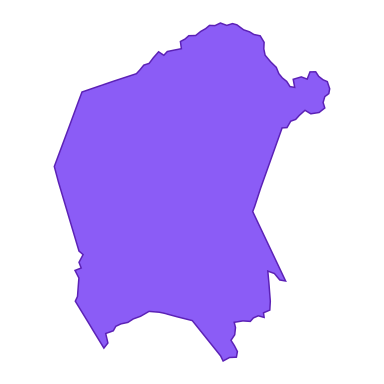 Aliança, Pernambuco, Brazil (orthographic projection)
{"feature_id": "56859067B36820916945585", "entity_name": "Aliança", "entity_type": "district", "adm_level": 2, "iso_a3": "BRA", "parent_name": "Brazil", "parent_adm1": "Pernambuco", "projection": "orthographic", "projection_center": [-35.173, -7.607], "detail": "fine", "context": "isolated", "style": "filled", "palette": "violet", "viewbox_px": 384, "rotation_deg": 0, "n_neighbors": 0, "source": "geoboundaries", "source_scale": "gbopen_adm2", "svg_char_len": 1446}
<svg xmlns="http://www.w3.org/2000/svg" viewBox="0 0 384 384"><path d="M236.9,24.8L232.5,23.6L226.8,25.4L220.4,23.0L215.0,25.6L209.5,25.4L205.7,28.6L200.6,31.5L195.7,35.5L188.8,35.7L185.1,39.0L180.4,41.5L181.4,48.7L174.7,50.0L167.3,51.5L163.8,55.3L158.6,51.8L153.4,57.7L149.1,63.4L143.8,65.1L139.9,69.9L136.4,73.7L113.5,81.2L82.0,92.0L78.0,102.7L68.9,127.4L54.3,166.5L58.5,182.2L79.0,251.1L83.1,254.6L79.0,262.3L81.2,268.0L75.0,270.4L78.9,278.0L78.2,287.0L77.5,296.5L75.3,301.2L89.8,324.9L92.9,330.1L103.9,348.1L107.9,343.0L105.7,333.5L113.3,330.8L115.8,326.3L120.9,323.9L127.9,322.4L133.3,318.9L140.5,316.3L149.0,311.4L159.1,312.2L163.6,313.1L177.2,316.8L192.3,320.6L220.6,355.9L223.1,361.0L229.5,357.5L236.4,357.2L237.4,351.5L234.4,345.7L231.0,340.3L234.7,334.8L235.5,327.6L234.2,322.3L242.9,320.9L250.3,321.4L253.4,317.9L258.3,315.8L264.1,317.4L263.5,312.8L269.8,310.1L270.3,301.2L268.9,283.0L267.8,271.1L274.4,273.5L279.8,280.0L285.6,281.0L252.7,211.6L254.7,206.3L260.7,187.9L282.1,127.9L287.0,127.6L290.7,121.2L295.7,119.4L299.3,115.4L305.0,110.3L310.8,113.8L319.1,112.5L324.8,108.0L323.1,102.5L324.8,96.6L328.8,93.6L329.7,88.8L327.3,81.6L323.1,79.8L318.7,76.4L315.7,71.8L310.0,71.9L307.2,79.1L301.3,76.9L293.2,79.3L294.7,87.4L290.0,86.6L286.7,81.4L282.3,77.9L278.8,73.6L276.3,67.4L270.7,61.9L265.1,55.2L263.8,48.9L264.1,42.3L260.2,35.8L253.9,34.5L249.5,31.8L243.6,29.8L236.9,24.8Z" fill="#8b5cf6" stroke="#5b21b6" stroke-width="1.5"/></svg>